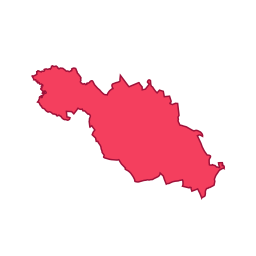 the district of Chalán, Sucre, Colombia, rotated 321°
{"feature_id": "7082276B25475067985173", "entity_name": "Chalán", "entity_type": "district", "adm_level": 2, "iso_a3": "COL", "parent_name": "Colombia", "parent_adm1": "Sucre", "projection": "robinson", "projection_center": [-75.337, 9.572], "detail": "fine", "context": "isolated", "style": "filled", "palette": "rose", "viewbox_px": 256, "rotation_deg": 321, "n_neighbors": 0, "source": "geoboundaries", "source_scale": "gbopen_adm2", "svg_char_len": 5685}
<svg xmlns="http://www.w3.org/2000/svg" viewBox="0 0 256 256"><g transform="rotate(321 128 128)"><path d="M74.0,50.9L74.8,52.3L74.8,53.0L74.4,54.1L74.3,55.0L74.1,55.5L74.5,56.2L74.5,56.6L74.3,56.8L74.2,57.4L74.1,58.6L74.3,59.1L75.0,60.2L75.2,60.9L75.1,62.0L75.2,63.2L75.7,64.9L75.9,65.3L76.4,65.6L76.9,65.7L77.5,66.3L78.0,67.3L78.4,69.3L78.6,70.1L79.4,70.5L79.8,71.1L79.9,71.6L80.7,72.3L80.7,72.9L80.3,73.4L80.5,74.0L81.4,74.4L82.1,74.4L82.5,74.7L82.9,76.3L83.3,76.9L83.0,77.8L83.1,79.1L83.4,80.5L83.9,81.5L84.9,82.3L85.4,83.0L85.8,83.7L86.2,84.1L87.0,84.3L88.1,84.4L89.4,83.5L88.4,82.0L87.5,81.0L90.6,76.3L94.5,79.8L94.8,82.9L99.5,81.8L101.5,81.1L101.7,81.3L101.8,82.1L102.6,83.3L103.2,84.0L104.3,84.5L103.8,86.3L105.1,87.4L105.6,92.0L105.9,92.3L106.3,92.3L106.4,92.5L106.6,93.8L106.5,94.6L106.3,95.0L105.8,95.5L103.8,96.6L103.6,96.9L102.8,97.8L102.0,98.4L99.0,103.2L99.0,103.4L99.9,103.3L101.2,103.5L101.0,108.6L100.7,108.8L99.4,109.0L98.2,109.4L95.9,110.7L96.5,115.2L96.3,115.8L94.9,118.4L96.1,119.3L95.8,120.4L95.5,124.1L95.0,125.7L94.0,127.4L93.4,129.3L92.5,130.8L92.4,133.9L92.2,134.3L90.9,135.1L90.7,135.4L91.1,136.6L94.0,140.8L95.3,142.2L99.3,146.0L100.0,146.4L100.5,146.5L100.9,146.8L100.9,147.3L100.4,150.5L100.3,152.0L100.8,157.5L100.0,158.0L100.0,158.6L101.2,161.5L101.6,163.5L101.7,165.2L101.4,169.0L100.8,171.9L99.8,173.9L100.1,174.4L101.3,175.8L102.4,176.6L107.3,178.7L109.2,179.9L110.4,180.4L111.8,181.8L112.8,182.2L114.7,183.5L116.4,183.7L120.7,184.7L122.0,184.7L123.4,184.3L124.6,183.3L125.2,187.5L123.9,190.9L122.4,195.7L123.2,195.8L125.0,196.9L126.8,197.3L128.9,197.9L131.3,199.1L133.7,200.7L134.8,201.1L137.7,202.6L137.4,203.4L137.0,204.2L135.3,206.4L134.4,207.1L133.7,207.5L137.7,212.8L137.9,213.0L138.8,213.0L139.5,213.9L139.5,214.1L138.9,214.6L137.9,217.3L143.8,219.2L142.7,224.3L141.2,228.8L141.6,228.6L144.2,229.2L144.9,229.2L145.5,228.9L147.1,227.4L147.9,226.3L148.6,225.7L149.5,225.1L150.5,224.7L151.2,224.6L151.6,224.7L152.1,225.2L153.3,225.1L154.1,225.7L158.7,226.6L159.0,226.5L161.9,224.1L162.7,222.5L163.3,221.9L166.3,220.2L171.8,218.5L173.2,218.3L173.8,218.4L173.8,218.6L175.0,218.7L176.7,219.2L177.1,219.9L177.3,219.4L177.8,219.4L178.6,218.2L178.6,217.6L178.4,217.2L177.6,216.5L178.0,215.9L178.6,216.1L179.5,214.3L177.9,213.0L176.4,212.0L175.5,213.5L174.7,215.8L174.4,216.3L174.1,216.3L173.5,215.6L173.1,214.8L172.3,214.2L172.0,211.9L171.1,210.8L170.8,210.2L170.7,209.8L170.4,209.5L169.9,209.7L169.6,209.5L168.5,208.5L168.1,207.8L169.5,205.7L171.1,203.7L171.8,203.3L173.9,202.4L174.4,201.8L174.4,201.3L173.9,200.2L172.5,198.8L172.7,194.9L172.9,193.3L173.8,189.2L175.0,185.8L177.0,177.7L178.8,178.1L179.1,178.3L179.6,178.8L180.7,181.4L181.4,180.6L181.8,179.4L181.9,178.5L181.8,176.8L180.5,173.9L179.8,173.0L179.2,172.5L177.5,171.8L177.3,171.6L176.5,170.1L174.5,164.9L174.1,163.9L173.5,163.0L172.4,161.5L171.5,160.0L170.7,159.0L170.3,158.7L170.2,158.5L170.4,157.3L170.6,156.9L170.8,155.7L171.1,154.7L171.6,153.7L172.5,153.1L173.6,151.1L175.6,150.3L182.0,140.2L180.5,138.7L180.1,138.5L179.7,138.6L179.1,138.2L177.4,137.8L176.8,136.9L176.3,135.9L176.1,135.6L176.0,135.4L176.5,135.0L177.7,134.9L178.1,134.6L178.5,134.0L180.3,129.4L175.9,126.5L178.5,121.7L176.3,118.4L172.7,119.0L172.5,116.7L172.6,114.3L172.9,111.6L172.6,110.7L172.5,110.1L173.1,108.5L175.1,105.6L175.3,105.3L175.2,104.8L174.9,104.1L174.5,103.8L173.8,103.7L173.0,103.9L172.0,104.5L172.0,106.1L172.2,106.8L172.2,107.1L171.9,107.4L167.3,108.4L166.1,108.8L163.1,107.3L164.5,105.3L164.8,105.1L164.8,101.5L165.1,99.7L164.9,99.5L154.8,96.6L154.7,95.4L155.2,82.3L152.3,85.2L151.7,86.2L150.9,86.5L150.0,86.4L148.8,86.0L147.4,85.3L143.7,84.1L142.9,84.3L142.1,85.0L141.6,86.1L141.1,87.9L140.1,87.5L137.5,87.5L136.2,87.7L134.3,88.3L133.3,88.8L132.8,89.2L131.1,87.6L130.6,86.8L130.4,86.0L130.0,83.6L129.9,80.6L129.4,78.0L129.2,73.4L130.0,69.6L130.0,69.0L129.5,68.4L128.3,68.0L127.7,68.0L127.0,68.3L126.0,68.3L124.9,67.8L124.6,67.4L123.9,67.4L123.6,67.8L123.5,67.6L123.0,67.8L122.5,67.7L122.3,67.4L122.2,66.3L121.8,65.9L120.8,65.7L120.2,64.8L120.2,63.9L119.9,63.6L120.0,62.9L119.9,62.4L120.0,62.1L121.5,61.2L121.8,60.5L122.4,59.6L122.9,59.6L123.0,59.5L123.3,57.4L123.2,56.7L123.4,55.1L123.2,53.8L123.4,52.9L123.8,52.3L124.0,51.3L124.3,50.5L124.8,48.8L123.9,47.6L123.4,47.2L122.1,46.7L121.4,46.7L121.1,47.4L120.5,47.6L120.2,47.9L119.7,47.5L118.7,47.5L117.7,47.2L117.2,46.0L116.7,45.5L116.0,45.2L115.8,44.9L115.6,43.5L114.9,40.6L113.1,38.8L111.9,38.7L111.6,38.6L111.5,38.3L111.6,37.8L111.2,37.3L111.5,36.2L111.1,34.6L109.9,34.1L108.9,33.4L108.6,32.4L108.5,32.2L107.4,31.9L106.4,33.0L105.6,32.9L104.9,33.3L104.6,33.4L104.2,32.5L102.8,32.1L102.3,31.7L101.9,30.9L100.7,30.1L99.7,29.8L99.6,30.6L98.4,31.0L98.0,30.8L97.0,29.7L96.2,29.8L95.8,29.8L94.2,27.0L94.0,26.8L93.2,27.2L92.5,26.8L91.8,27.8L91.4,28.1L91.1,28.8L90.9,28.9L90.1,28.7L89.2,28.8L88.3,28.3L87.2,28.2L86.4,27.2L86.1,27.4L85.7,30.0L85.4,31.0L85.1,31.2L85.8,32.0L86.4,32.2L86.6,32.4L86.6,32.8L86.2,33.5L86.1,34.1L86.2,34.3L87.1,34.8L86.2,35.6L86.2,36.1L86.6,36.4L87.3,36.5L87.5,36.7L87.5,37.0L87.0,37.7L87.0,38.3L87.2,38.6L88.2,39.1L88.8,40.8L88.7,41.2L88.2,41.6L87.4,40.9L86.9,41.0L86.6,41.4L86.6,42.4L86.5,42.6L86.3,42.7L85.6,42.4L84.9,42.6L84.7,42.9L84.9,43.9L84.9,45.7L85.6,46.3L86.5,46.8L86.8,47.0L86.9,47.7L86.8,48.8L86.6,49.2L85.8,49.2L85.4,49.0L85.1,48.7L84.9,48.0L85.0,47.8L85.7,47.4L85.7,47.2L84.8,46.7L83.9,46.7L83.2,47.1L83.4,47.5L84.0,48.2L83.9,48.6L83.5,49.0L82.9,49.0L82.2,48.9L81.7,49.4L81.4,49.4L81.2,48.6L80.9,48.3L80.7,48.5L80.8,49.2L80.7,49.8L80.6,50.1L80.3,50.2L80.0,50.0L79.9,49.1L79.6,48.4L78.9,48.2L78.2,48.7L78.0,49.2L77.7,49.4L76.7,49.9L75.5,50.6L74.0,50.9Z" fill="#f43f5e" stroke="#9f1239" stroke-width="1.5"/></g></svg>